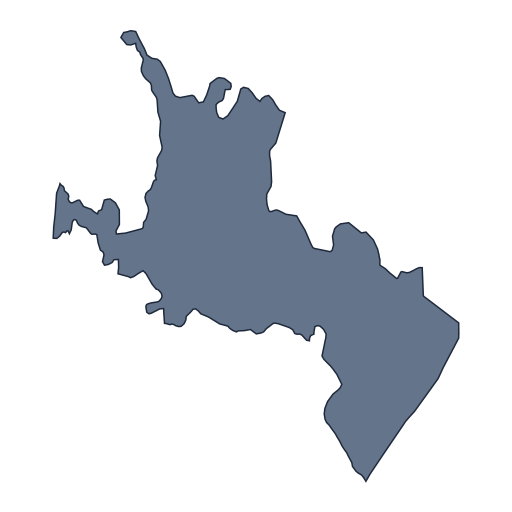 Mahagi, Orientale, Democratic Republic of the Congo
{"feature_id": "63176286B15680618396169", "entity_name": "Mahagi", "entity_type": "district", "adm_level": 2, "iso_a3": "COD", "parent_name": "Democratic Republic of the Congo", "parent_adm1": "Orientale", "projection": "natural_earth1", "projection_center": [30.592, 2.325], "detail": "fine", "context": "isolated", "style": "filled", "palette": "slate", "viewbox_px": 512, "rotation_deg": 0, "n_neighbors": 0, "source": "geoboundaries", "source_scale": "gbopen_adm2", "svg_char_len": 4990}
<svg xmlns="http://www.w3.org/2000/svg" viewBox="0 0 512 512"><path d="M60.0,183.6L59.7,184.7L59.6,185.4L56.6,193.2L55.2,213.5L53.7,227.0L53.2,238.2L54.4,238.3L56.8,238.4L59.5,236.3L62.4,232.4L63.9,232.0L65.2,232.5L65.3,232.5L65.5,232.6L67.1,230.8L68.1,231.0L69.4,233.7L70.0,232.4L71.2,229.9L72.3,222.0L73.7,219.8L75.1,219.6L75.9,220.0L76.3,220.2L76.4,220.4L77.5,223.0L78.9,225.0L81.3,226.4L86.4,227.8L90.8,233.6L91.9,234.2L92.4,234.2L94.2,234.1L95.3,234.0L96.8,234.6L98.2,243.1L100.4,250.1L103.2,252.1L104.0,254.9L103.9,255.3L103.3,258.2L102.5,261.6L104.5,265.2L106.2,264.9L108.5,264.4L112.1,262.5L113.9,259.7L118.4,259.5L118.5,262.9L118.6,266.6L118.6,267.3L118.6,267.7L118.0,273.8L128.3,276.6L130.6,277.7L133.8,276.5L137.6,273.9L143.0,270.7L144.1,271.7L146.1,273.7L149.6,279.8L151.7,283.5L152.2,284.3L156.0,289.0L158.3,289.8L161.2,293.0L161.4,293.7L162.1,296.1L161.4,298.3L160.6,299.4L159.4,300.9L158.4,301.5L157.9,301.8L151.1,302.9L147.5,304.0L146.4,304.9L145.9,306.3L146.1,308.5L146.8,312.2L149.0,313.8L151.4,313.2L153.5,312.1L159.8,308.9L163.6,308.6L163.8,312.9L164.5,323.4L165.9,323.5L170.1,324.7L170.5,324.5L171.6,324.1L173.1,324.3L173.3,324.3L174.2,324.8L176.1,325.9L177.4,326.2L179.0,326.6L181.2,326.3L184.1,323.7L185.8,320.1L186.3,316.3L190.7,312.0L193.1,309.2L195.6,308.9L198.3,310.9L200.8,313.8L204.2,315.2L208.5,317.0L219.6,323.9L227.8,326.1L229.8,328.4L232.7,330.4L236.4,331.9L238.3,330.9L244.5,330.6L250.4,329.5L256.3,333.9L261.1,333.0L263.7,331.8L266.4,328.6L273.5,323.2L275.1,323.1L278.3,323.7L289.2,327.5L292.7,329.7L294.8,333.5L296.5,334.1L300.0,334.1L301.9,335.1L306.5,340.2L309.4,340.8L309.6,337.9L310.8,335.5L313.9,334.1L314.0,331.6L314.9,326.6L317.6,325.6L320.1,326.2L323.5,329.3L326.1,333.9L325.8,337.9L324.6,343.4L324.2,345.6L322.0,356.0L323.9,359.3L328.0,363.5L330.7,366.2L333.2,369.3L336.9,374.4L341.8,384.3L340.4,387.4L338.2,389.9L333.1,394.0L327.6,401.5L324.9,408.4L324.6,410.9L324.2,413.9L325.1,419.3L326.7,422.7L326.9,422.8L329.4,425.4L331.0,427.8L335.4,433.8L336.9,436.6L339.8,441.4L341.9,445.7L344.0,449.0L346.8,452.9L348.4,456.3L351.8,462.6L352.5,466.5L355.9,471.1L358.0,472.9L361.6,475.0L363.7,477.7L365.9,481.3L370.0,474.1L382.0,456.2L403.3,424.8L405.4,421.6L409.2,417.2L414.5,411.4L438.1,378.6L443.3,367.4L458.7,338.1L458.7,336.1L458.7,334.2L458.8,334.2L458.8,333.1L458.7,322.9L426.6,298.5L423.6,296.3L423.3,295.1L422.2,267.6L419.2,267.6L416.4,268.8L414.3,270.0L409.5,272.4L406.8,272.8L402.0,271.6L400.9,272.0L397.5,278.4L396.5,278.4L389.6,272.8L385.5,268.8L381.1,266.0L380.6,265.7L379.9,264.9L379.9,262.9L379.9,259.3L379.3,257.3L378.9,254.5L377.5,248.9L373.4,240.0L366.0,232.1L361.3,232.9L348.7,222.7L340.4,223.9L336.0,227.1L334.6,229.0L332.5,236.2L333.6,245.0L332.2,250.1L331.5,250.9L330.1,251.7L328.4,251.3L314.6,248.5L312.9,247.7L311.2,244.6L305.0,230.2L299.8,221.5L296.7,215.9L286.1,214.3L278.2,210.4L276.5,210.0L274.4,210.4L271.7,211.5L269.6,211.5L268.9,210.7L267.2,205.2L266.8,202.0L266.5,198.8L266.8,194.0L271.0,186.5L271.6,181.7L270.6,161.0L269.6,155.8L269.6,153.5L269.6,151.5L270.3,149.5L275.8,143.1L285.2,112.7L279.5,110.3L275.8,105.1L272.8,99.9L271.4,98.3L268.7,95.5L265.1,96.3L262.0,98.4L259.9,101.4L256.0,98.3L252.2,92.8L248.3,88.5L243.6,87.3L240.8,89.0L237.3,101.3L233.0,107.9L227.7,115.8L223.0,119.0L218.7,117.3L216.7,112.5L216.1,107.9L216.1,104.5L218.6,102.2L222.2,100.5L223.5,98.4L225.2,89.6L228.2,89.5L230.2,89.3L231.2,86.5L230.8,83.4L227.9,81.1L224.4,78.5L220.3,77.8L219.0,77.6L216.8,78.4L210.6,83.1L210.0,83.6L209.8,85.5L206.7,94.9L203.4,101.9L198.7,102.8L197.3,100.8L194.1,96.2L192.1,95.3L179.9,97.6L175.5,96.2L173.0,93.1L171.0,86.4L168.5,78.5L165.2,70.2L160.3,61.5L157.3,59.2L151.9,58.3L147.0,55.1L144.3,48.5L142.3,44.8L138.8,38.1L135.7,31.5L130.7,30.7L127.3,31.8L123.7,32.5L120.9,37.5L126.8,44.6L130.2,44.9L130.9,44.9L135.6,43.3L136.3,47.4L137.5,50.5L139.9,52.2L140.3,53.8L140.5,54.6L141.9,56.7L143.0,58.3L143.3,59.9L141.3,68.0L141.4,71.2L142.0,72.7L143.3,75.6L145.8,78.9L148.3,81.1L150.3,82.8L151.4,85.4L151.5,87.5L151.6,89.7L151.8,90.3L152.2,91.3L156.3,97.2L157.1,99.9L157.9,112.2L160.6,121.3L159.6,135.4L161.1,142.5L161.8,145.6L161.9,146.2L162.2,147.2L161.9,148.8L161.5,150.7L158.1,156.8L157.5,157.9L156.9,160.9L157.6,165.7L157.5,166.1L157.4,166.3L155.2,175.5L156.3,179.7L155.5,180.0L154.7,180.2L154.1,180.8L153.6,181.3L151.3,187.9L150.0,189.9L148.7,190.7L148.1,191.1L147.7,191.6L146.0,193.4L145.5,195.5L145.0,197.4L145.8,201.3L148.1,206.9L148.4,209.1L148.5,209.7L148.4,211.6L147.5,214.5L146.1,219.3L143.6,222.4L143.2,227.3L142.3,228.5L140.9,229.0L133.4,231.0L125.5,233.1L116.4,234.0L116.0,230.9L119.4,224.5L119.3,209.9L115.4,202.8L110.3,199.0L107.0,199.3L104.3,200.1L101.6,209.7L98.5,211.0L97.5,213.9L93.9,211.7L93.4,211.3L91.2,209.2L90.9,209.2L83.8,206.6L83.6,206.5L82.9,205.5L82.7,205.1L79.6,200.2L77.8,200.2L74.7,201.7L72.7,202.7L71.2,202.9L69.4,201.7L68.2,199.3L68.8,196.2L68.1,194.1L64.4,190.6L64.2,189.2L64.0,188.0L63.5,187.1L63.0,186.3L61.4,185.3L60.0,183.6Z" fill="#64748b" stroke="#1e293b" stroke-width="1.5"/></svg>